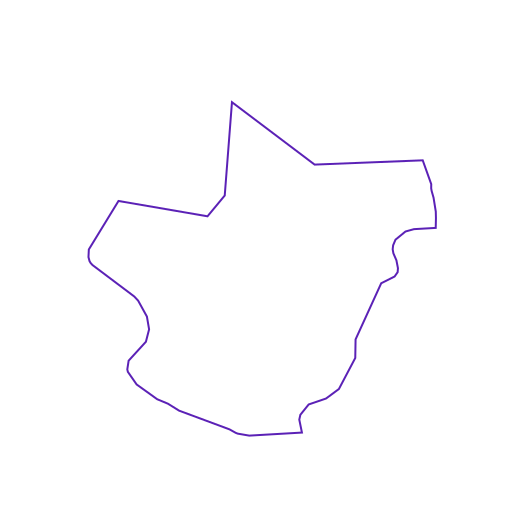 Sutton, Mercator projection, rotated 125°
{"feature_id": "GBR-2076", "entity_name": "Sutton", "entity_type": "London Borough", "adm_level": 1, "iso_a3": "GBR", "parent_name": "United Kingdom", "parent_adm1": "", "projection": "mercator", "projection_center": [-0.168, 51.354], "detail": "fine", "context": "isolated", "style": "outline", "palette": "violet", "viewbox_px": 512, "rotation_deg": 125, "n_neighbors": 0, "source": "natural_earth", "source_scale": "10m", "svg_char_len": 812}
<svg xmlns="http://www.w3.org/2000/svg" viewBox="0 0 512 512"><g transform="rotate(125 256 256)"><path d="M317.4,111.8L332.6,116.9L347.4,127.7L360.6,128.6L365.2,126.7L374.3,117.1L407.0,158.5L412.0,169.1L412.5,171.2L413.2,178.2L426.8,230.3L427.5,243.4L430.0,254.8L429.7,280.1L424.4,294.5L422.7,296.4L414.8,300.3L389.4,297.0L377.4,301.5L368.2,310.6L360.2,326.9L359.0,332.5L357.2,384.7L356.6,387.4L355.7,389.4L353.0,392.6L346.5,396.7L289.8,400.2L251.3,318.5L224.4,316.3L143.8,363.9L147.5,260.4L82.0,174.3L96.6,153.7L100.1,151.3L102.0,149.4L106.4,144.0L116.5,134.2L121.8,130.3L129.9,124.9L143.4,142.0L150.2,147.6L162.6,151.1L168.6,149.8L172.1,147.9L175.0,145.0L179.0,138.5L184.6,132.7L188.0,130.7L193.3,130.7L206.5,137.8L267.2,126.6L282.6,116.2L317.4,111.8Z" fill="none" stroke="#5b21b6" stroke-width="2"/></g></svg>